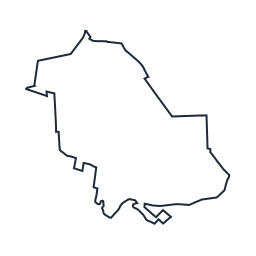 outline of Zerind, Arad, Romania, rotated 185°
{"feature_id": "2599482B52549307092918", "entity_name": "Zerind", "entity_type": "district", "adm_level": 2, "iso_a3": "ROU", "parent_name": "Romania", "parent_adm1": "Arad", "projection": "albers", "projection_center": [21.492, 46.616], "detail": "fine", "context": "isolated", "style": "outline", "palette": "slate", "viewbox_px": 256, "rotation_deg": 185, "n_neighbors": 0, "source": "geoboundaries", "source_scale": "gbopen_adm2", "svg_char_len": 4000}
<svg xmlns="http://www.w3.org/2000/svg" viewBox="0 0 256 256"><g transform="rotate(185 128 128)"><path d="M223.5,187.1L223.7,185.8L223.8,184.1L225.0,162.8L224.8,162.3L224.5,161.9L227.5,160.9L229.1,160.3L231.9,159.3L232.1,159.2L232.5,158.6L232.9,158.0L232.8,157.9L227.5,156.7L216.1,153.9L213.7,153.3L211.5,152.7L212.2,156.2L212.3,157.2L211.8,157.1L210.8,156.9L207.4,156.5L204.4,156.1L202.9,145.5L200.2,126.2L199.3,117.9L196.8,118.2L196.1,113.3L195.2,107.5L194.9,105.3L194.4,102.5L194.2,101.3L194.1,100.7L193.9,100.2L193.5,99.7L193.1,99.4L191.6,98.5L189.5,97.2L187.3,95.7L186.3,95.1L185.9,94.9L183.1,94.8L177.2,93.5L178.2,84.2L178.3,83.2L172.7,81.9L170.4,81.3L169.7,81.2L169.6,82.3L169.2,89.3L166.5,89.0L164.2,88.7L163.0,88.6L162.7,88.5L160.3,87.4L158.8,86.7L158.2,86.5L156.2,86.0L157.0,68.1L157.1,66.0L153.1,65.0L153.3,63.9L153.4,61.6L153.5,59.7L153.5,58.6L153.7,56.9L154.1,54.7L154.3,53.2L154.3,51.8L153.9,51.3L153.2,50.7L152.4,50.2L151.7,49.8L151.3,49.6L150.7,49.5L150.2,49.5L149.9,49.6L149.5,49.9L149.3,50.1L149.2,50.3L149.1,50.5L148.9,51.6L148.6,52.6L148.4,52.9L148.1,53.0L147.7,53.2L147.2,53.3L146.9,53.3L146.6,53.2L146.3,52.9L146.2,52.7L146.1,52.4L146.1,52.1L146.1,51.6L146.1,51.1L145.9,50.4L145.7,49.7L145.5,49.2L145.5,48.8L145.5,48.3L145.6,48.0L145.7,47.8L146.0,47.5L146.3,47.2L146.7,46.8L146.8,46.4L146.8,46.1L146.8,45.8L146.7,45.5L146.5,45.1L146.3,44.8L146.0,44.3L145.6,43.6L145.4,43.2L145.4,42.9L145.2,42.1L145.1,41.6L144.9,41.3L144.7,40.9L144.5,40.6L144.3,40.3L144.1,40.2L143.9,40.1L143.7,40.0L143.4,39.8L143.1,39.5L142.9,39.3L142.2,39.0L141.7,38.8L140.6,38.2L140.1,38.0L139.7,37.8L139.2,37.5L138.8,37.4L138.5,37.3L138.1,37.3L137.8,37.2L137.3,37.1L137.1,37.1L136.3,38.1L134.0,41.2L132.5,43.2L131.5,44.4L130.7,45.6L129.9,46.7L129.8,46.9L129.6,47.5L129.3,48.4L129.1,49.3L128.7,49.9L128.4,50.5L127.8,51.4L127.2,52.3L126.8,52.7L124.1,54.9L122.2,56.3L121.5,56.7L121.2,56.9L120.8,57.1L120.4,57.3L119.9,57.3L116.9,56.9L114.6,56.6L114.4,56.4L112.4,54.0L113.0,53.8L113.8,53.5L115.1,52.9L116.0,52.5L116.3,51.9L116.3,50.9L116.1,50.2L115.6,49.4L115.0,49.2L113.0,48.5L111.3,47.8L110.1,46.9L108.8,46.0L107.8,44.9L106.9,44.2L105.8,43.4L105.2,42.7L104.4,41.8L103.5,40.6L102.4,39.0L101.5,38.0L100.8,37.7L100.3,37.5L99.1,37.1L96.9,36.4L94.4,35.5L93.1,35.0L89.7,39.7L88.2,38.6L86.3,37.1L84.7,35.9L81.9,38.8L77.5,43.2L79.5,44.6L86.0,49.3L92.3,41.6L95.2,43.6L101.2,48.1L104.7,50.6L104.8,54.0L103.6,53.9L101.2,53.6L98.7,53.3L98.4,53.3L98.0,53.2L97.5,53.1L97.0,53.0L96.7,53.0L95.6,53.0L94.5,53.0L93.9,53.0L93.4,53.0L92.3,53.0L91.6,53.0L90.8,53.1L90.1,53.1L89.4,53.1L89.0,53.1L88.7,53.2L87.6,53.4L85.5,53.8L84.3,54.1L83.1,54.3L81.2,54.7L78.5,55.3L75.6,55.9L73.5,56.3L72.6,56.4L72.4,56.4L71.3,56.5L71.2,56.5L69.8,56.6L67.3,56.6L64.6,56.6L60.9,56.7L60.7,56.6L60.2,56.7L58.7,57.6L56.3,58.9L54.0,60.2L53.0,60.7L51.5,61.4L49.1,62.7L48.4,63.2L47.9,63.2L45.5,63.8L42.9,64.4L40.3,65.0L39.4,65.2L37.0,65.7L34.5,66.3L33.6,66.5L31.8,68.4L30.1,70.3L28.2,72.4L26.5,74.3L25.9,77.5L25.5,80.7L24.8,83.6L24.0,86.4L23.3,87.5L23.1,88.0L23.1,90.0L23.4,90.2L27.1,93.4L29.3,95.2L36.4,102.8L39.8,106.8L41.8,108.9L43.9,111.0L44.1,114.2L47.0,114.6L48.5,127.5L50.9,147.4L54.7,146.9L55.3,146.8L55.3,147.0L59.3,146.5L78.6,144.1L85.2,143.3L85.7,144.0L106.4,167.7L114.5,177.2L115.8,178.6L113.7,180.0L113.0,180.5L112.5,180.8L112.4,180.8L116.3,186.9L116.5,187.0L117.5,189.0L118.3,190.0L118.4,190.3L119.4,191.4L120.9,193.0L122.1,194.0L125.0,196.4L128.2,198.7L131.5,201.1L133.5,202.6L134.9,203.6L135.9,204.0L137.7,205.6L139.2,207.8L141.0,210.5L141.8,211.7L150.2,211.9L156.2,212.0L156.5,212.3L156.7,212.5L156.9,212.5L157.9,212.4L162.2,212.2L164.2,212.0L166.4,211.8L167.4,211.8L170.0,211.8L170.5,211.9L171.0,212.0L174.3,213.6L173.7,214.4L173.5,214.8L173.4,215.1L173.4,215.3L173.5,215.6L173.8,215.9L176.2,218.7L177.2,219.8L177.6,220.3L177.8,220.6L177.9,220.8L177.9,221.0L179.1,221.0L179.2,219.5L179.5,217.7L180.3,215.3L180.9,213.8L184.4,208.1L191.6,196.7L207.9,191.8L215.6,189.5L223.5,187.1Z" fill="none" stroke="#1e293b" stroke-width="2"/></g></svg>